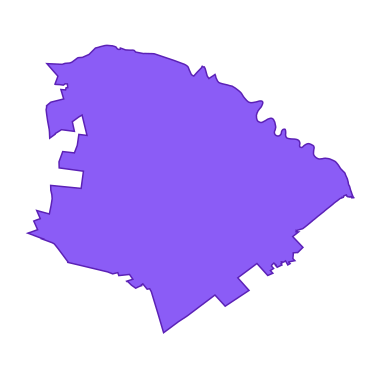 Gómez Palacio, Durango, Mexico, rotated 273°
{"feature_id": "50627088B6714837082613", "entity_name": "Gómez Palacio", "entity_type": "district", "adm_level": 2, "iso_a3": "MEX", "parent_name": "Mexico", "parent_adm1": "Durango", "projection": "natural_earth1", "projection_center": [-103.42, 25.712], "detail": "fine", "context": "isolated", "style": "filled", "palette": "violet", "viewbox_px": 384, "rotation_deg": 273, "n_neighbors": 0, "source": "geoboundaries", "source_scale": "gbopen_adm2", "svg_char_len": 5905}
<svg xmlns="http://www.w3.org/2000/svg" viewBox="0 0 384 384"><g transform="rotate(273 192 192)"><path d="M305.4,211.0L307.5,209.9L307.8,209.8L309.4,209.4L309.6,209.3L310.6,208.8L309.6,207.6L306.5,203.3L306.2,203.0L307.2,202.2L308.7,201.1L312.9,199.7L315.9,198.7L316.7,198.2L317.5,197.8L317.4,197.5L317.4,197.0L318.1,195.8L318.1,195.6L316.5,194.9L311.9,190.9L307.9,187.7L308.2,186.9L308.4,186.5L308.7,186.0L308.9,185.7L309.4,185.2L310.3,184.6L310.8,184.4L313.9,182.8L316.4,181.7L316.8,181.4L317.2,181.0L317.4,180.8L318.2,179.6L318.6,178.8L319.1,177.8L322.4,167.3L328.0,147.3L328.1,145.8L327.9,138.9L327.9,138.7L327.9,137.8L327.7,136.3L328.8,128.4L330.3,126.9L330.5,126.0L330.6,125.5L330.4,123.2L330.4,118.2L331.5,114.8L332.0,112.9L330.8,112.8L330.7,112.5L330.6,111.9L330.6,111.1L330.8,110.4L331.0,110.0L332.8,108.5L333.4,106.8L333.4,106.5L333.7,105.4L333.8,105.2L334.0,99.4L333.7,97.4L332.4,93.1L331.6,90.9L330.7,88.0L324.0,82.0L320.7,75.5L320.3,71.9L320.1,71.2L320.0,70.9L319.9,70.7L315.7,65.7L315.2,64.9L314.9,64.3L314.8,64.0L314.4,63.0L314.3,62.3L314.1,60.6L313.8,58.4L313.7,58.2L312.7,55.7L312.6,40.4L307.3,45.5L300.7,52.0L299.1,51.6L292.5,49.5L292.3,50.1L292.3,51.3L292.3,54.3L292.0,58.0L293.4,59.6L293.4,61.9L290.7,62.3L289.7,62.4L289.7,62.2L289.7,61.8L289.5,60.8L287.3,60.4L287.5,55.7L278.2,59.0L274.4,46.6L274.0,45.8L273.3,45.3L272.6,44.4L271.4,43.2L271.2,42.9L270.4,42.2L270.2,42.2L270.0,42.4L269.4,42.4L267.1,42.1L266.5,42.0L261.4,42.9L255.4,44.1L247.1,46.1L244.5,46.5L238.3,47.1L242.6,52.4L243.2,52.4L247.4,58.4L246.4,71.4L255.9,68.8L261.0,75.0L263.1,78.2L253.3,81.1L243.0,84.2L243.6,76.0L232.6,75.0L224.9,72.5L225.6,60.8L215.2,57.6L210.3,58.0L209.1,58.1L207.1,82.5L199.8,81.9L189.8,81.1L191.2,50.5L186.4,50.9L181.9,52.2L177.9,52.7L171.3,52.0L162.6,50.7L165.4,37.9L157.4,41.9L156.2,38.8L154.7,35.5L146.3,39.8L143.1,32.3L143.1,32.0L142.3,30.2L137.9,44.1L137.5,45.5L137.2,44.8L135.6,50.0L134.0,55.1L133.0,57.2L128.5,61.2L115.7,71.8L115.2,71.7L113.1,83.3L107.8,111.9L106.1,117.1L107.6,122.1L104.7,123.3L106.4,133.9L101.8,137.5L99.5,131.4L99.1,131.8L99.3,132.5L95.8,136.4L93.0,140.8L94.5,143.5L95.2,144.9L95.9,146.7L96.6,146.3L97.7,147.7L92.6,152.3L93.2,154.8L90.3,156.6L67.9,164.7L50.0,171.0L61.9,185.4L67.9,193.6L89.4,219.2L90.3,220.3L88.1,222.6L79.7,231.1L96.7,254.1L108.7,242.2L117.0,252.2L124.0,260.6L112.6,272.0L115.1,277.0L117.6,274.4L119.9,277.5L122.2,275.2L123.5,275.7L125.0,277.2L125.3,277.5L123.8,279.0L124.0,279.2L123.4,279.8L123.0,279.3L121.3,281.0L123.8,285.6L125.0,284.7L125.4,285.3L125.7,285.5L126.4,285.1L126.5,285.6L126.9,285.3L126.8,287.2L128.1,289.0L124.2,291.5L124.3,291.6L125.6,293.7L126.8,292.4L127.3,292.4L128.8,298.3L130.8,296.2L134.7,296.4L136.5,296.3L137.0,299.7L137.0,300.7L142.5,305.7L151.8,295.9L152.8,294.9L157.7,300.5L157.7,300.0L157.9,299.5L157.8,298.8L157.8,298.0L158.1,298.2L158.4,298.3L158.7,298.3L159.1,298.1L159.1,298.6L161.2,304.5L163.3,307.0L169.4,313.7L169.6,313.7L169.7,313.9L171.5,316.0L174.8,319.5L175.1,319.9L177.5,322.6L179.6,325.0L180.0,325.3L182.0,327.5L187.3,333.5L187.6,333.7L188.0,334.1L190.0,336.4L190.4,337.0L192.6,339.5L193.3,340.3L193.7,341.3L193.9,342.0L194.5,342.0L194.6,343.4L196.1,343.9L197.1,346.0L197.2,346.3L196.6,346.7L196.1,346.7L195.5,347.5L195.2,349.8L195.4,349.8L195.8,351.3L194.6,351.7L194.7,353.3L194.7,353.5L194.8,353.8L195.5,353.2L196.7,352.6L198.7,351.7L200.6,351.0L200.9,350.8L202.7,350.1L205.5,349.2L206.2,348.9L207.2,348.2L208.6,347.7L209.9,347.5L213.1,346.5L214.7,345.7L216.2,344.9L217.0,344.5L218.7,343.8L219.4,343.3L220.4,342.1L221.9,340.5L222.8,339.5L223.6,338.8L224.8,338.0L226.6,336.7L228.1,335.4L229.5,334.0L230.1,333.2L230.9,331.4L231.5,329.8L232.2,327.9L232.5,326.3L232.6,324.9L232.7,323.3L232.5,321.9L232.1,320.6L231.8,318.8L231.6,317.3L231.9,316.0L232.3,315.1L232.9,314.0L234.0,312.7L234.6,312.2L235.2,311.8L236.1,311.4L236.9,311.3L238.9,311.3L240.6,311.4L242.0,311.6L242.8,311.6L243.5,311.4L244.2,311.1L244.8,310.4L245.8,308.3L246.3,306.7L246.4,305.6L246.1,304.4L245.5,303.3L245.0,302.5L244.1,301.4L242.8,300.2L242.5,299.8L242.2,299.3L242.2,298.9L242.3,298.3L242.5,297.7L242.8,297.3L243.3,297.1L244.0,297.0L246.2,297.2L246.8,297.1L247.6,296.8L248.1,296.6L248.7,296.2L249.2,295.6L249.5,295.1L249.8,294.3L250.0,293.8L250.0,293.4L250.1,292.6L250.2,292.2L250.2,290.0L250.2,287.9L250.4,285.9L250.6,284.8L250.6,284.7L250.8,284.2L251.0,283.9L251.2,283.7L251.3,283.5L251.7,283.3L251.9,283.1L252.0,283.0L252.2,282.9L252.3,282.8L252.5,282.7L252.9,282.7L253.1,282.6L253.5,282.5L254.0,282.5L254.3,282.4L255.4,282.5L255.9,282.5L257.7,282.3L258.6,282.1L259.3,281.8L259.6,281.4L259.5,280.7L259.4,280.1L259.1,279.5L258.4,278.9L257.5,278.4L257.3,278.3L254.8,278.0L253.6,277.2L252.8,276.3L252.4,275.2L252.4,274.5L252.6,273.7L252.9,272.9L253.5,272.1L254.6,271.4L256.1,271.1L257.5,271.4L258.0,271.6L258.3,271.8L259.0,271.9L259.8,272.0L260.6,272.2L261.1,272.2L261.8,272.1L262.0,272.1L266.1,271.0L268.6,269.6L269.3,268.8L269.7,268.0L269.8,267.2L269.7,266.3L269.3,265.3L268.8,264.0L268.2,263.1L267.2,261.7L265.1,258.2L265.1,257.4L265.0,256.8L265.1,256.3L265.9,254.4L266.6,253.7L267.2,253.3L267.9,253.0L269.2,252.6L270.0,252.5L271.1,252.4L271.8,252.3L272.5,252.4L272.8,252.5L273.8,252.7L274.7,253.0L275.4,253.3L276.7,253.8L276.9,254.0L278.7,255.2L279.7,256.0L279.9,256.2L281.1,256.9L281.4,257.0L282.6,257.5L283.8,257.9L284.5,258.0L284.8,258.0L285.2,258.0L285.4,258.0L285.8,257.7L286.0,257.6L286.3,257.2L286.5,256.6L286.5,256.1L286.5,255.7L286.4,254.9L286.4,254.6L286.1,253.7L285.3,251.4L284.5,248.0L284.3,246.6L284.3,246.4L284.3,245.7L284.5,244.9L284.7,244.0L284.8,243.7L285.4,242.9L286.5,241.5L286.8,241.3L288.2,239.9L289.9,238.4L292.8,236.4L293.1,236.2L294.2,235.1L295.5,233.5L298.1,229.7L298.7,228.6L299.1,227.8L299.5,227.1L299.8,226.5L299.9,225.9L300.2,224.1L300.8,221.6L301.3,218.7L301.7,216.5L302.2,214.5L302.7,213.2L302.8,212.9L304.3,211.6L304.5,211.5L305.4,211.0Z" fill="#8b5cf6" stroke="#5b21b6" stroke-width="1.5"/></g></svg>